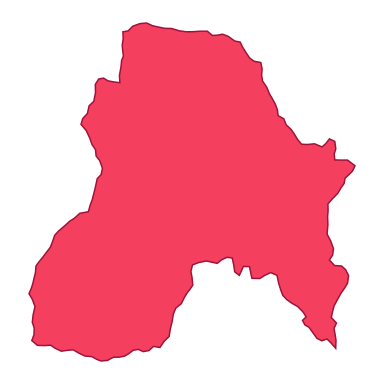 outline of Bias Fortes, Minas Gerais, Brazil
{"feature_id": "56859067B19952858762068", "entity_name": "Bias Fortes", "entity_type": "district", "adm_level": 2, "iso_a3": "BRA", "parent_name": "Brazil", "parent_adm1": "Minas Gerais", "projection": "orthographic", "projection_center": [-43.766, -21.62], "detail": "fine", "context": "isolated", "style": "filled", "palette": "rose", "viewbox_px": 384, "rotation_deg": 0, "n_neighbors": 0, "source": "geoboundaries", "source_scale": "gbopen_adm2", "svg_char_len": 2610}
<svg xmlns="http://www.w3.org/2000/svg" viewBox="0 0 384 384"><path d="M122.9,31.8L123.2,38.7L122.2,45.3L122.7,50.5L123.4,56.1L121.6,60.5L121.0,66.8L119.4,75.8L119.9,82.7L113.7,81.9L107.8,80.8L103.6,78.1L98.7,79.0L95.3,84.4L95.5,92.7L93.8,101.3L89.1,105.8L87.4,113.5L82.7,118.6L81.0,124.4L86.2,130.5L89.8,138.2L92.0,144.5L95.5,149.6L96.1,156.0L99.7,160.6L102.4,168.1L101.2,174.5L97.2,178.7L96.0,184.3L94.8,189.7L93.3,195.5L92.1,200.2L90.2,205.0L88.4,211.7L79.8,213.3L74.4,218.2L69.7,221.2L64.8,225.7L58.6,231.0L54.7,235.3L52.9,240.6L50.5,247.0L46.1,252.8L42.5,257.6L39.1,261.6L36.0,266.0L35.4,272.9L34.0,278.3L32.9,283.3L31.3,288.3L29.0,293.7L32.3,299.3L35.0,306.6L33.1,314.9L32.3,322.3L34.2,327.9L34.0,334.7L31.8,340.6L37.5,345.4L44.8,345.6L50.7,345.2L55.2,348.3L61.3,351.2L67.7,350.3L73.2,349.8L78.6,353.0L84.8,356.0L92.1,356.7L96.8,359.4L101.1,361.0L107.5,360.4L113.6,357.2L119.0,357.2L124.4,356.2L128.6,353.8L133.1,350.3L138.3,349.4L143.2,351.6L148.9,350.6L153.6,346.4L159.9,347.5L164.2,341.3L169.1,336.5L170.3,329.1L172.2,321.2L173.3,314.2L175.8,308.1L181.3,303.7L184.3,297.6L187.1,293.0L190.0,289.3L192.8,285.1L192.0,277.2L190.9,271.5L192.5,264.9L198.9,262.5L206.3,261.0L212.0,262.2L217.2,263.4L221.6,259.8L227.0,257.3L232.2,258.0L233.7,264.9L234.7,271.8L239.3,275.4L241.5,270.8L243.3,266.5L249.5,266.6L250.6,272.1L251.9,278.3L259.8,278.5L264.9,275.3L270.7,272.6L277.0,275.3L278.6,283.0L280.8,290.1L282.8,295.4L286.9,299.7L291.8,303.2L297.8,306.6L303.2,312.2L306.1,316.9L302.5,320.4L304.9,324.9L309.1,327.4L313.0,332.9L317.0,338.4L321.8,340.8L327.0,339.0L330.8,342.7L335.7,348.3L336.0,340.3L335.2,335.0L334.0,328.4L336.5,323.1L331.3,317.5L332.5,311.9L334.0,306.1L337.6,299.3L340.9,293.4L345.0,287.5L347.5,283.3L348.6,275.6L345.6,269.7L341.6,266.0L334.5,265.5L329.4,260.0L332.6,255.1L333.5,248.8L330.8,241.2L327.1,234.1L327.9,224.6L327.6,216.7L328.1,210.4L327.9,204.0L332.6,198.6L337.7,193.4L341.0,187.8L344.1,183.5L345.1,178.2L348.6,175.0L352.5,171.1L355.0,165.8L347.6,160.1L340.5,160.1L334.8,159.9L334.2,154.1L335.8,148.8L334.8,141.4L329.4,138.9L325.9,143.5L322.0,146.9L314.6,143.8L307.1,144.5L301.6,144.2L297.8,139.8L293.9,133.4L291.1,129.4L286.2,124.9L283.8,118.8L278.1,115.7L277.4,109.8L275.4,104.4L272.4,98.8L269.5,93.9L266.8,87.4L262.6,81.1L261.6,75.3L262.1,68.9L260.8,62.5L253.9,61.2L249.5,57.8L245.6,52.0L242.6,47.1L240.2,42.1L234.7,41.0L228.1,36.3L222.6,34.2L217.4,35.2L212.3,35.4L207.3,31.2L200.4,31.2L193.0,31.7L186.6,31.8L179.7,30.9L171.5,28.5L164.4,28.3L158.2,27.0L152.5,25.7L146.6,23.0L140.0,23.6L132.8,26.2L128.1,30.9L122.9,31.8Z" fill="#f43f5e" stroke="#9f1239" stroke-width="1.5"/></svg>